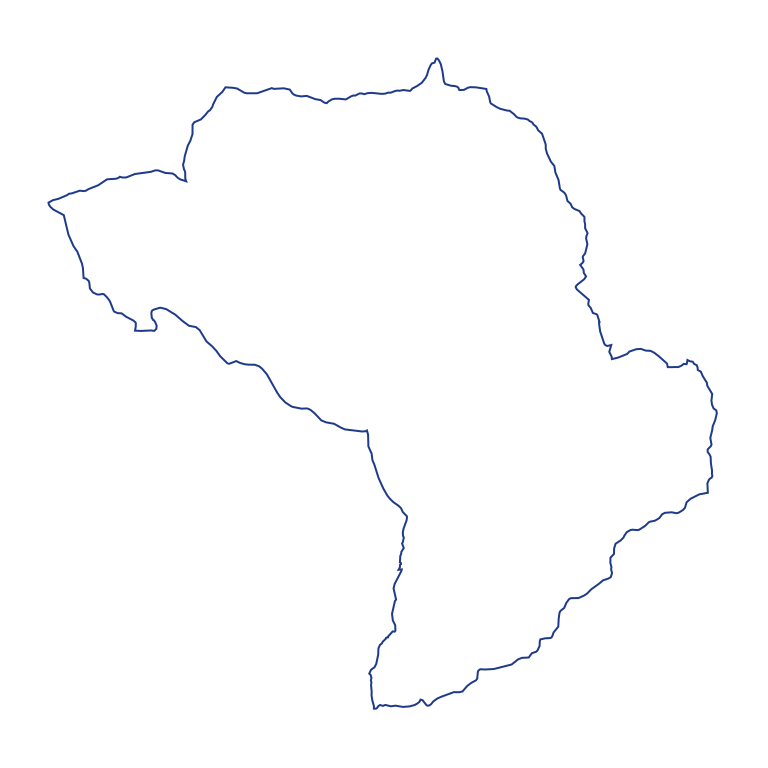 San Mateo, Boyacá, Colombia, rotated 179°
{"feature_id": "7082276B31973577978453", "entity_name": "San Mateo", "entity_type": "district", "adm_level": 2, "iso_a3": "COL", "parent_name": "Colombia", "parent_adm1": "Boyacá", "projection": "mercator", "projection_center": [-72.559, 6.415], "detail": "fine", "context": "isolated", "style": "outline", "palette": "blue", "viewbox_px": 768, "rotation_deg": 179, "n_neighbors": 0, "source": "geoboundaries", "source_scale": "gbopen_adm2", "svg_char_len": 6070}
<svg xmlns="http://www.w3.org/2000/svg" viewBox="0 0 768 768"><g transform="rotate(179 384 384)"><path d="M682.5,495.2L680.2,494.6L677.5,492.3L676.9,490.5L676.4,484.7L673.4,480.6L669.4,478.6L667.1,478.4L664.3,478.9L662.6,478.7L659.6,475.7L657.5,473.0L656.3,470.7L652.9,461.6L652.3,461.0L649.0,459.5L645.1,459.2L640.6,455.7L633.4,451.8L631.5,450.0L631.1,449.3L631.2,445.8L632.0,441.7L626.1,441.3L616.0,441.6L612.8,441.1L610.7,443.1L610.3,446.2L611.6,449.6L612.9,451.7L613.7,452.0L615.0,454.3L615.4,458.7L615.0,460.7L614.3,461.7L612.6,462.5L607.3,464.0L605.8,464.1L600.3,462.6L591.5,457.0L583.8,450.1L577.9,445.6L571.1,444.2L567.4,441.1L560.7,429.6L555.4,424.9L551.0,420.0L547.3,414.6L540.5,407.7L539.4,407.1L538.2,407.0L531.3,409.5L527.6,407.6L523.0,406.2L519.2,405.7L512.8,405.5L508.4,403.8L505.6,401.4L500.9,395.7L490.8,377.0L487.9,372.6L483.1,367.4L477.6,363.6L475.8,362.7L466.9,360.8L461.3,360.9L459.5,360.2L457.8,359.3L454.1,356.1L447.3,348.7L442.7,346.7L434.6,345.1L427.8,341.1L423.9,339.3L406.7,336.9L403.0,337.1L401.9,337.8L400.8,333.6L400.7,321.9L397.6,314.6L396.9,308.1L395.1,303.7L391.1,290.2L386.5,279.5L382.6,272.4L380.2,269.3L376.7,265.7L371.5,261.9L369.2,259.6L367.4,255.6L363.5,251.5L363.3,250.4L363.8,247.3L367.0,238.9L367.8,235.3L367.6,231.8L366.9,230.0L367.9,225.7L368.7,224.2L367.1,219.6L369.6,215.8L369.8,213.9L370.7,211.8L371.2,205.4L370.2,204.7L370.1,203.7L371.1,203.0L371.3,200.5L372.7,198.0L369.5,198.3L369.9,196.7L376.8,184.0L378.0,179.5L375.7,168.2L376.9,166.7L380.0,154.0L379.3,147.5L377.0,142.6L376.9,137.2L377.7,136.2L379.6,136.5L384.7,131.1L384.5,130.6L386.4,130.2L386.7,129.2L389.9,126.2L390.6,124.7L392.6,123.2L394.2,119.7L394.5,113.6L396.6,104.4L398.4,101.0L401.9,98.5L403.8,94.7L402.3,93.1L401.7,90.2L402.3,87.9L401.8,86.0L402.2,83.1L401.7,76.6L401.9,72.8L401.2,67.8L399.7,62.1L399.8,59.6L397.8,59.5L396.6,60.2L395.2,62.1L393.6,63.1L390.7,62.2L388.3,63.1L382.7,61.6L378.1,62.2L370.7,60.8L364.1,61.2L359.0,62.5L356.3,63.9L354.1,65.6L353.0,67.8L351.0,67.2L347.1,62.1L345.9,61.6L344.3,61.8L342.6,63.0L340.2,65.8L336.2,68.6L332.2,70.3L319.5,74.7L314.3,74.5L310.9,75.2L306.2,80.5L302.1,83.6L297.2,86.1L295.9,87.9L295.2,94.5L294.6,95.8L292.8,97.1L287.6,96.8L279.2,97.1L261.3,101.3L254.8,106.3L250.9,107.8L244.1,108.0L240.9,112.2L236.6,113.6L235.2,114.9L233.0,119.3L232.7,124.4L232.1,125.9L227.4,126.9L222.2,127.1L221.0,127.6L220.0,129.2L218.8,132.6L214.0,138.3L213.4,146.6L212.5,152.3L211.4,154.2L207.8,156.9L205.5,162.0L202.7,165.7L201.0,166.6L193.2,166.6L187.6,169.0L184.5,171.0L180.5,175.0L172.6,180.5L168.4,183.9L162.9,185.6L160.6,187.0L159.3,191.0L160.2,194.9L159.8,196.8L160.8,201.3L160.6,206.4L157.0,210.1L156.8,215.5L155.2,220.3L150.2,223.4L147.2,226.3L146.5,227.9L143.8,231.7L140.1,233.7L138.1,234.0L133.2,233.5L131.5,233.8L125.5,237.5L121.7,241.1L120.4,241.7L115.5,242.6L112.1,244.5L110.8,245.4L108.2,248.9L105.4,250.3L98.6,250.7L93.9,249.7L91.6,250.2L87.0,253.0L85.2,255.1L83.5,260.5L79.5,263.9L70.6,268.2L62.1,269.6L62.4,278.9L60.9,282.4L60.0,283.5L58.0,284.7L57.3,286.3L57.7,288.7L57.5,291.5L58.5,298.6L58.7,305.6L59.9,308.1L61.5,310.2L61.6,312.3L61.2,313.3L58.4,316.0L57.6,317.7L58.7,324.3L56.6,332.4L56.1,335.9L53.4,342.3L51.7,349.1L52.3,351.9L54.8,353.7L56.4,357.5L56.9,361.7L56.0,368.3L60.7,376.4L61.2,379.7L65.1,386.2L67.0,390.8L70.0,392.5L70.2,395.1L71.0,397.3L73.6,398.7L74.9,400.9L77.9,401.4L80.2,402.7L80.8,399.2L81.2,398.5L83.9,398.9L86.3,397.1L89.4,395.8L100.0,395.9L100.6,399.3L101.1,399.9L108.9,407.1L113.2,410.5L116.9,412.5L121.5,412.8L126.5,414.6L131.0,414.4L137.1,412.5L138.0,412.2L140.4,409.8L149.2,406.4L155.7,404.9L155.9,407.3L158.2,412.2L156.1,419.0L160.1,418.1L162.0,419.0L163.1,420.6L166.9,432.6L167.8,439.4L167.9,442.4L167.5,442.4L169.5,449.3L170.2,450.0L173.9,451.4L176.0,456.5L178.1,459.0L178.4,460.5L177.6,464.5L189.5,475.2L190.6,477.3L190.5,478.3L188.7,480.2L182.1,485.2L180.1,488.0L182.2,491.5L182.6,495.0L185.8,499.7L183.5,501.5L182.3,503.4L183.1,507.3L182.9,508.2L180.6,511.1L178.2,520.2L179.4,526.1L179.1,528.1L177.8,531.2L180.2,536.3L180.1,540.0L180.7,543.1L180.7,547.6L184.1,551.2L185.5,553.5L190.6,555.7L192.8,557.5L194.1,560.7L197.4,563.9L198.7,569.5L199.7,571.1L200.4,572.2L204.1,575.0L204.7,576.3L205.9,584.8L209.0,592.7L209.9,599.1L213.2,603.3L216.9,611.4L218.2,616.5L218.1,620.1L218.5,621.8L221.6,631.5L225.3,634.8L227.2,638.5L230.0,640.9L231.3,643.0L234.2,644.6L235.5,645.9L238.9,646.9L242.9,647.2L245.3,647.9L246.8,648.7L249.2,651.4L253.6,655.0L255.9,655.2L262.9,657.1L266.4,658.8L272.2,662.6L272.8,663.6L273.9,669.6L276.2,675.0L276.5,677.2L286.8,679.0L292.6,679.3L295.1,678.7L298.9,676.7L303.1,676.6L303.7,676.7L304.5,679.0L305.6,679.9L308.0,680.7L311.6,681.0L317.5,682.9L318.8,685.4L320.1,695.7L321.6,702.7L323.3,706.4L324.9,708.5L326.2,708.4L327.9,704.4L330.4,703.8L331.6,702.3L334.0,697.4L335.6,692.2L337.1,689.3L341.0,684.5L345.6,681.4L350.4,679.0L352.4,676.8L353.1,676.6L359.4,677.6L363.6,676.9L365.1,677.2L367.7,676.8L372.1,675.2L374.9,675.2L377.8,674.3L381.1,674.1L391.1,675.3L395.3,675.1L398.7,674.1L400.7,674.8L403.3,675.0L407.6,672.9L409.6,673.0L412.1,672.1L417.1,669.2L423.9,670.0L428.0,670.1L431.1,669.5L434.7,667.4L436.4,665.8L438.6,666.3L442.5,669.0L447.7,670.0L456.1,673.4L462.0,673.0L466.7,673.9L469.0,674.9L470.5,676.1L473.0,680.0L479.0,681.4L489.0,681.0L491.0,681.8L505.8,676.9L516.3,677.1L518.7,677.7L525.7,682.0L529.8,682.8L537.3,683.4L540.6,678.8L546.1,674.0L550.0,666.5L550.8,664.1L553.2,660.8L555.1,659.6L557.9,656.2L562.5,651.7L569.2,649.0L570.9,646.5L571.1,637.1L573.5,630.3L576.0,625.8L579.3,615.0L579.9,610.8L581.1,606.8L580.3,602.5L579.1,599.5L579.1,592.7L578.2,590.1L584.3,592.2L586.9,594.0L589.1,596.5L591.9,598.2L598.8,598.8L606.1,601.5L608.9,601.6L613.4,600.2L629.4,598.3L638.2,595.0L641.8,595.0L644.6,595.8L645.6,594.9L648.3,593.9L657.3,593.5L666.3,587.7L675.9,584.1L678.8,582.4L680.5,582.1L684.9,582.6L692.5,580.1L695.7,579.7L697.7,578.3L706.4,574.8L711.8,573.6L716.3,571.2L715.9,569.1L714.5,567.0L711.7,564.3L701.2,558.4L696.9,538.8L692.0,527.2L688.3,521.6L683.9,509.7L683.0,505.1L682.5,495.2Z" fill="none" stroke="#1e3a8a" stroke-width="2"/></g></svg>